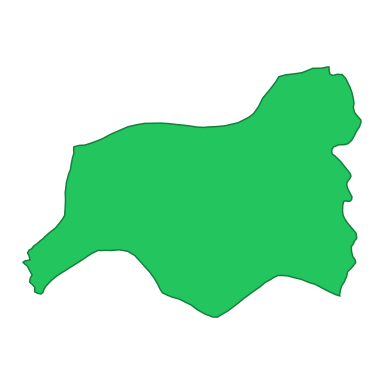 Pleebo/Sodoken, Maryland, Liberia
{"feature_id": "62588387B59551016114373", "entity_name": "Pleebo/Sodoken", "entity_type": "district", "adm_level": 2, "iso_a3": "LBR", "parent_name": "Liberia", "parent_adm1": "Maryland", "projection": "albers", "projection_center": [-7.677, 4.55], "detail": "fine", "context": "isolated", "style": "filled", "palette": "green", "viewbox_px": 384, "rotation_deg": 0, "n_neighbors": 0, "source": "geoboundaries", "source_scale": "gbopen_adm2", "svg_char_len": 2803}
<svg xmlns="http://www.w3.org/2000/svg" viewBox="0 0 384 384"><path d="M43.2,291.6L43.8,289.6L44.4,288.6L46.0,286.0L51.6,280.2L57.6,275.4L71.6,266.5L80.1,261.2L91.1,253.8L97.9,250.5L100.7,250.5L105.9,250.3L110.7,250.5L111.2,250.5L119.2,249.8L127.7,251.3L134.8,255.5L141.2,262.5L144.9,266.7L149.6,271.9L154.0,277.9L157.5,283.7L160.0,289.0L162.4,292.8L167.6,295.3L169.4,296.0L172.8,297.3L179.0,299.0L185.6,302.3L191.1,305.0L196.1,308.8L196.8,309.4L204.5,313.8L212.8,317.0L213.6,317.0L217.5,317.1L219.7,315.7L223.8,313.3L228.1,310.8L233.3,306.8L237.9,303.3L243.9,298.4L252.4,292.1L256.4,289.3L260.3,286.6L265.3,282.4L266.7,281.6L270.5,279.6L273.8,277.4L278.0,275.5L282.4,275.5L287.5,275.8L293.6,277.5L301.5,279.4L309.1,282.5L314.7,284.1L318.2,285.9L319.5,286.6L325.0,289.6L329.5,291.8L336.1,294.8L339.8,295.9L339.6,294.7L340.5,289.8L341.6,285.9L344.1,282.2L346.6,276.5L347.6,271.8L351.7,267.7L355.6,262.8L355.3,260.2L352.9,256.7L352.4,254.8L351.5,251.4L351.3,246.6L353.0,244.4L354.6,240.9L356.6,238.5L356.5,235.6L356.1,233.3L353.5,230.1L351.1,227.3L347.5,223.0L344.5,218.5L343.0,214.8L342.5,210.6L342.6,208.9L342.7,205.7L343.7,201.5L345.4,200.8L347.0,201.3L348.5,201.3L350.5,201.0L351.7,199.2L352.0,196.9L350.3,193.7L347.8,188.8L346.8,185.6L346.9,182.9L348.2,180.7L349.7,178.6L351.0,176.1L350.2,173.6L347.0,169.5L340.5,161.4L335.0,156.0L332.3,154.1L331.7,151.7L332.0,149.1L333.6,146.9L339.2,144.7L342.2,144.7L344.3,144.7L347.9,143.7L351.5,140.5L354.2,136.0L356.1,131.9L359.3,127.1L361.0,122.2L360.8,119.9L358.4,117.3L354.5,112.4L354.0,110.3L353.3,107.4L354.0,103.5L353.3,98.4L351.7,91.8L349.8,86.8L345.8,78.6L342.2,74.6L337.0,74.3L332.9,75.5L329.9,74.1L329.1,70.3L329.0,66.9L327.2,67.0L321.6,68.2L312.9,68.3L301.9,72.7L301.4,72.8L294.4,73.8L292.9,74.0L285.9,74.8L278.8,76.7L276.3,81.0L272.9,85.6L270.0,89.4L262.8,98.0L258.6,106.5L253.8,113.4L252.6,114.4L248.6,117.4L244.7,119.4L238.0,122.8L230.4,124.5L225.1,125.8L221.1,126.2L216.3,126.6L208.4,127.0L203.5,127.4L197.0,127.1L195.4,126.8L187.9,125.7L182.8,125.1L181.2,125.0L168.7,123.6L160.1,123.1L144.6,123.4L137.3,124.6L133.1,125.6L128.1,126.7L122.3,129.2L110.8,134.2L101.5,139.2L92.6,142.6L84.9,145.1L79.2,145.4L75.1,146.5L73.9,146.8L73.6,150.4L74.0,152.9L72.5,157.8L71.0,165.5L70.5,169.5L69.7,171.3L69.2,172.5L68.4,174.9L66.4,182.5L66.1,185.6L65.2,192.6L65.5,199.7L65.4,202.4L65.1,209.3L64.6,215.5L64.2,216.2L62.4,219.3L59.1,223.6L55.5,228.0L49.6,232.5L45.7,236.0L45.3,236.2L42.8,238.9L39.8,241.2L37.6,243.2L36.6,244.0L33.6,246.1L31.5,248.9L29.2,250.0L27.5,252.8L28.9,255.5L29.2,256.2L30.0,259.9L26.3,260.7L25.6,260.6L23.0,262.3L25.1,264.3L27.2,265.8L29.5,270.3L31.5,273.9L32.1,274.9L30.7,277.3L30.2,278.4L29.7,282.1L32.5,284.7L34.8,287.3L34.7,291.8L37.6,293.3L40.9,294.0L42.9,292.5L43.2,291.6Z" fill="#22c55e" stroke="#15803d" stroke-width="1.5"/></svg>